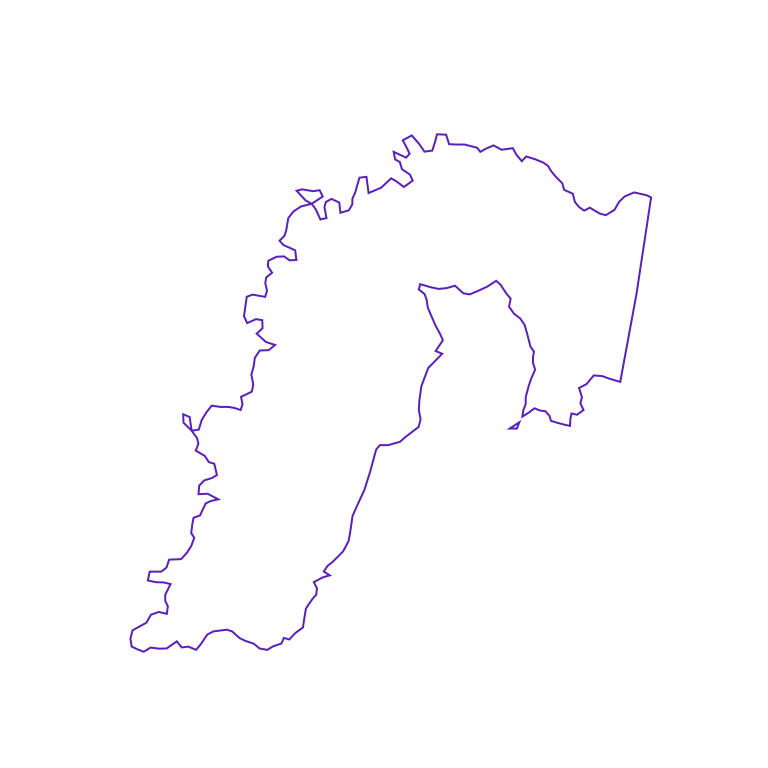 the district of Rosário do Ivaí, Paraná, Brazil, rotated 259°
{"feature_id": "56859067B13040276916511", "entity_name": "Rosário do Ivaí", "entity_type": "district", "adm_level": 2, "iso_a3": "BRA", "parent_name": "Brazil", "parent_adm1": "Paraná", "projection": "mercator", "projection_center": [-51.205, -24.314], "detail": "fine", "context": "isolated", "style": "outline", "palette": "violet", "viewbox_px": 768, "rotation_deg": 259, "n_neighbors": 0, "source": "geoboundaries", "source_scale": "gbopen_adm2", "svg_char_len": 3703}
<svg xmlns="http://www.w3.org/2000/svg" viewBox="0 0 768 768"><g transform="rotate(259 384 384)"><path d="M516.2,681.8L519.3,677.6L524.3,666.1L522.2,656.1L518.1,649.7L510.9,643.4L507.4,633.9L510.2,628.2L517.8,619.7L516.0,613.6L520.3,609.4L526.2,606.1L534.7,605.7L540.2,597.9L547.0,597.3L555.1,591.9L561.2,588.6L566.7,586.7L570.9,582.7L576.1,574.7L580.2,567.0L576.4,561.8L583.8,557.7L590.9,555.5L591.5,544.2L597.3,537.0L595.4,528.5L593.5,522.8L598.1,520.6L603.7,508.8L605.3,500.4L607.0,493.7L616.9,492.5L619.0,483.7L612.0,480.4L603.9,475.9L604.4,468.0L613.0,464.3L622.7,458.7L619.6,448.9L613.0,451.0L605.1,453.1L602.0,448.9L610.0,437.8L602.3,437.8L598.9,441.9L591.5,442.6L584.5,449.5L578.2,451.0L573.6,441.1L580.5,434.9L584.5,430.3L577.2,418.6L574.4,405.3L590.7,406.3L591.2,399.3L584.7,395.9L577.7,392.4L572.0,388.4L566.4,387.2L561.2,382.6L560.4,373.9L570.6,374.7L575.7,367.8L573.8,361.7L569.0,359.3L557.9,359.2L557.6,353.0L568.6,350.3L574.7,347.4L574.1,336.4L570.6,327.9L565.1,321.7L553.4,317.3L548.4,314.5L544.6,308.8L539.6,311.8L532.2,322.3L522.5,321.7L523.4,314.9L528.3,310.3L529.4,302.8L527.0,293.9L521.5,292.5L514.6,295.4L511.0,288.7L505.7,286.7L498.0,287.0L492.2,284.0L496.8,272.1L495.8,265.9L477.3,259.5L469.9,261.3L472.1,270.7L469.9,276.7L461.9,275.4L457.7,268.6L447.8,276.1L443.1,284.5L439.2,277.3L440.6,268.4L434.3,262.2L426.3,259.5L418.6,255.6L408.6,255.6L401.7,252.8L398.7,241.2L391.3,241.3L385.8,238.3L389.1,232.5L391.2,226.8L392.7,219.2L395.6,210.7L389.9,204.1L383.6,198.3L374.6,193.5L374.8,186.3L366.4,190.2L360.7,190.4L354.6,186.5L347.5,194.4L340.8,197.1L338.1,202.2L326.5,202.6L324.5,196.9L323.7,189.2L319.5,183.2L311.2,180.9L309.9,190.0L302.4,199.3L302.2,191.7L300.8,186.2L294.5,181.5L290.1,178.4L289.0,171.5L282.7,169.0L274.4,166.3L269.3,168.4L262.1,164.1L256.6,159.1L250.8,151.5L252.6,139.6L245.4,135.5L242.3,129.7L244.5,118.2L236.2,114.7L233.0,122.2L231.3,129.7L228.3,136.3L218.8,129.0L212.8,127.9L207.0,129.4L199.8,126.9L203.2,119.5L202.0,111.2L195.0,105.2L192.9,98.6L190.2,90.2L182.5,86.5L174.4,86.2L170.6,91.3L167.0,97.1L169.8,104.6L167.0,113.1L165.9,120.3L170.9,131.5L164.0,135.2L163.5,141.9L158.9,148.8L163.5,154.5L171.7,162.6L173.7,169.3L172.8,182.9L170.1,187.7L162.1,193.8L158.4,198.7L153.8,206.8L148.2,211.3L145.3,218.6L147.7,225.3L148.8,233.7L153.8,237.3L151.3,242.3L156.5,249.5L160.5,258.0L171.2,261.8L178.6,264.6L186.7,272.8L190.1,277.3L196.2,279.2L202.9,277.3L205.9,287.0L206.5,294.3L211.4,289.1L216.3,293.9L219.1,299.5L227.4,311.8L232.1,315.7L236.9,319.4L244.3,322.3L255.2,326.1L260.3,327.9L265.6,331.5L275.7,338.7L283.7,344.5L300.8,353.8L321.2,363.8L324.8,368.4L323.2,376.3L324.2,388.6L327.9,395.0L335.3,409.8L342.4,413.2L351.8,413.2L361.8,415.8L374.6,420.2L391.3,430.5L402.6,446.9L406.5,441.0L415.8,450.2L422.7,448.5L432.0,445.6L450.3,441.6L458.6,441.9L464.6,441.0L470.2,436.2L475.1,438.6L470.1,448.3L466.9,455.8L466.2,463.7L466.9,472.5L457.9,479.2L455.6,485.2L457.5,494.3L459.9,504.0L463.9,513.8L459.3,517.3L449.2,521.5L443.6,524.6L436.0,521.5L428.3,525.0L422.2,530.3L415.1,533.3L406.1,534.1L392.7,534.9L387.1,537.4L382.4,535.5L376.7,534.3L369.3,535.1L360.7,529.2L354.7,525.8L344.3,520.7L337.1,519.2L332.0,515.9L325.6,513.6L328.3,520.7L331.4,527.1L328.3,531.9L326.4,537.4L321.2,540.3L316.0,540.9L313.0,546.4L309.6,553.4L307.4,558.6L314.6,560.4L319.3,562.5L317.0,567.7L320.4,574.9L327.6,573.1L333.3,575.8L342.9,574.7L345.2,582.7L352.4,591.5L350.1,599.8L346.3,606.1L341.0,616.3L424.4,649.1L516.2,681.8ZM574.7,347.4L579.7,359.6L586.5,357.8L586.8,351.2L590.7,340.8L590.4,335.1L579.1,342.1L574.7,347.4ZM374.8,186.3L388.7,186.9L392.6,181.1L384.3,179.8L374.8,186.3ZM320.6,509.5L316.3,498.9L314.9,505.9L320.6,509.5Z" fill="none" stroke="#5b21b6" stroke-width="2"/></g></svg>